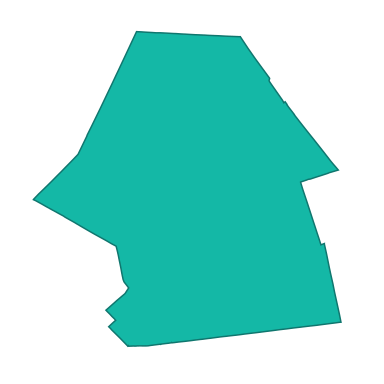 Sandra, Timis, Romania (Albers equal-area conic projection), rotated 274°
{"feature_id": "2599482B18358712742029", "entity_name": "Sandra", "entity_type": "district", "adm_level": 2, "iso_a3": "ROU", "parent_name": "Romania", "parent_adm1": "Timis", "projection": "albers", "projection_center": [20.888, 45.925], "detail": "fine", "context": "isolated", "style": "filled", "palette": "teal", "viewbox_px": 384, "rotation_deg": 274, "n_neighbors": 0, "source": "geoboundaries", "source_scale": "gbopen_adm2", "svg_char_len": 2886}
<svg xmlns="http://www.w3.org/2000/svg" viewBox="0 0 384 384"><g transform="rotate(274 192 192)"><path d="M149.5,327.6L149.8,327.6L148.3,324.3L155.1,321.6L159.7,319.7L165.9,317.2L171.0,315.1L178.2,312.2L185.1,309.4L189.8,307.5L195.1,305.3L202.1,302.4L209.4,299.6L209.5,299.6L211.9,305.4L212.7,307.0L213.2,309.2L215.6,315.0L217.5,319.8L220.1,326.2L220.8,327.5L222.2,331.3L224.1,336.4L226.7,333.9L229.5,331.1L232.3,328.4L238.9,322.5L242.9,318.9L249.5,312.9L254.0,308.8L258.3,304.8L263.1,300.4L270.4,293.8L276.2,288.6L276.4,288.7L283.7,282.2L285.2,281.0L285.9,280.5L286.1,280.6L288.5,278.6L287.4,277.4L289.8,275.9L293.4,273.0L298.7,268.7L304.5,264.0L307.4,261.7L308.1,261.3L308.9,261.1L309.7,261.3L310.3,261.5L310.8,261.5L311.8,260.7L317.1,256.2L323.6,250.7L329.4,245.8L332.6,243.2L339.4,237.7L347.1,231.8L350.1,229.5L350.3,229.4L350.2,227.6L349.9,218.1L349.8,214.2L349.7,207.2L349.6,204.2L349.4,197.1L349.4,194.2L349.2,186.8L349.1,183.8L349.0,176.0L349.0,174.7L348.9,170.0L348.9,165.0L348.8,162.4L348.7,154.5L348.6,149.5L348.3,144.9L348.3,141.3L348.2,134.4L348.2,130.5L348.1,125.5L324.0,116.2L306.7,109.5L303.7,108.3L295.4,105.1L269.3,94.8L253.0,88.2L251.5,87.6L241.1,83.3L240.6,83.3L230.1,79.1L221.6,75.7L213.8,69.2L207.5,63.8L203.1,60.1L199.0,56.5L192.8,51.2L186.5,45.6L182.0,41.6L179.6,39.4L173.7,34.5L173.3,34.3L172.5,36.5L169.4,43.2L167.4,47.3L164.2,54.2L160.3,62.7L159.4,64.7L159.1,65.4L158.1,67.0L156.0,71.4L153.3,77.1L152.2,79.2L148.1,87.5L145.6,92.6L143.2,97.6L141.8,100.6L138.1,108.6L136.7,111.5L134.8,115.3L132.8,119.8L132.6,120.1L132.4,120.2L132.0,120.3L127.7,121.7L123.7,122.9L118.9,124.2L116.1,125.0L111.0,126.4L105.9,127.7L103.0,128.5L101.7,128.9L100.5,129.2L99.9,129.4L98.4,130.1L97.6,130.5L97.2,130.8L93.9,133.8L92.7,134.8L91.9,135.5L89.7,134.3L86.2,132.4L85.5,131.8L83.0,129.2L78.6,124.7L74.5,120.7L69.7,116.0L68.1,114.4L66.8,115.8L64.3,118.7L62.3,120.8L60.1,123.4L58.7,124.8L55.5,121.7L51.8,118.3L50.1,120.3L49.1,121.2L41.3,130.3L35.3,137.0L33.7,138.8L33.9,139.0L33.7,139.0L34.1,142.7L34.3,144.5L34.3,145.8L34.4,146.8L34.7,148.4L34.7,148.8L34.9,151.0L35.1,154.8L35.3,157.2L35.4,158.2L35.6,159.4L36.0,161.1L36.6,164.1L36.9,165.6L37.6,169.2L38.0,171.2L37.8,171.5L38.1,171.8L38.4,173.2L39.6,179.5L40.0,181.2L40.1,181.9L40.5,182.2L40.2,182.8L40.6,185.0L41.4,188.9L42.5,195.2L42.9,197.3L43.8,202.0L44.4,204.8L45.4,210.0L45.9,212.9L47.0,218.3L47.5,221.0L48.3,224.9L48.9,227.8L49.2,229.2L50.1,234.0L50.4,235.9L51.0,238.9L51.7,242.7L52.4,246.6L53.3,251.2L53.9,253.9L54.5,257.1L55.3,261.2L56.1,265.6L56.8,269.1L58.1,275.6L58.9,279.7L59.4,282.3L60.5,287.6L60.8,289.1L62.2,296.6L63.2,301.4L63.7,304.0L64.9,310.5L65.2,311.9L66.5,318.8L67.7,325.5L68.7,330.3L70.0,336.8L70.3,338.3L71.6,344.9L72.4,348.7L72.5,349.7L80.2,347.6L88.4,345.2L93.5,343.7L102.0,341.2L110.1,339.0L119.7,336.1L126.3,334.2L139.7,330.5L149.5,327.6Z" fill="#14b8a6" stroke="#0f766e" stroke-width="1.5"/></g></svg>